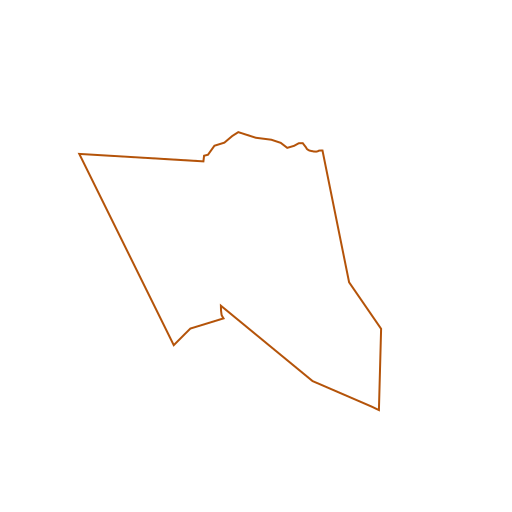 the district of Morne Jacques, Choiseul, Saint Lucia, rotated 316°
{"feature_id": "8701671B73612450286207", "entity_name": "Morne Jacques", "entity_type": "district", "adm_level": 2, "iso_a3": "LCA", "parent_name": "Saint Lucia", "parent_adm1": "Choiseul", "projection": "natural_earth1", "projection_center": [-61.029, 13.811], "detail": "fine", "context": "isolated", "style": "outline", "palette": "amber", "viewbox_px": 512, "rotation_deg": 316, "n_neighbors": 0, "source": "geoboundaries", "source_scale": "gbopen_adm2", "svg_char_len": 1005}
<svg xmlns="http://www.w3.org/2000/svg" viewBox="0 0 512 512"><g transform="rotate(316 256 256)"><path d="M366.8,206.2L365.1,204.6L359.9,203.2L353.6,199.9L352.4,191.8L347.8,183.0L338.0,170.8L329.3,154.6L322.4,153.2L312.0,152.5L302.7,147.8L291.8,149.8L288.3,147.8L283.9,151.4L199.8,59.8L134.9,263.0L150.9,262.7L158.4,262.6L189.3,278.3L189.9,275.7L190.3,274.5L192.9,271.0L196.2,267.4L209.8,385.3L234.9,445.5L236.4,449.6L237.4,452.2L295.4,395.3L304.7,339.6L377.1,226.3L376.7,225.9L376.4,225.6L376.2,225.4L375.8,225.1L375.6,224.9L375.3,224.6L374.9,224.3L374.6,224.0L374.2,223.9L373.9,223.8L373.5,223.7L373.1,223.5L372.8,223.3L372.3,223.1L371.9,222.8L371.5,222.4L371.2,222.1L370.9,221.7L370.6,221.5L370.3,221.1L369.9,220.7L369.7,220.3L369.5,219.9L369.2,219.5L368.9,219.2L368.7,218.8L368.4,218.4L368.3,218.2L368.0,217.8L367.8,217.4L367.6,217.0L367.4,216.5L367.3,216.1L367.2,215.6L367.1,215.2L367.0,214.7L367.0,214.1L367.4,212.7L368.0,207.3L366.8,206.2Z" fill="none" stroke="#b45309" stroke-width="2"/></g></svg>